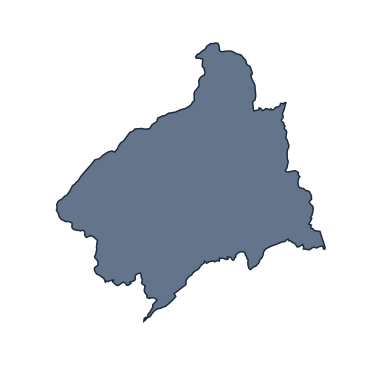 Piracanjuba, Goiás, Brazil (Natural Earth projection), rotated 239°
{"feature_id": "56859067B59858987143707", "entity_name": "Piracanjuba", "entity_type": "district", "adm_level": 2, "iso_a3": "BRA", "parent_name": "Brazil", "parent_adm1": "Goiás", "projection": "natural_earth1", "projection_center": [-49.012, -17.324], "detail": "fine", "context": "isolated", "style": "filled", "palette": "slate", "viewbox_px": 384, "rotation_deg": 239, "n_neighbors": 0, "source": "geoboundaries", "source_scale": "gbopen_adm2", "svg_char_len": 6003}
<svg xmlns="http://www.w3.org/2000/svg" viewBox="0 0 384 384"><g transform="rotate(239 192 192)"><path d="M159.3,71.3L159.6,72.8L158.4,73.9L158.4,75.4L157.8,77.9L156.9,79.3L156.1,77.6L154.9,78.1L153.6,78.4L152.1,78.8L150.4,79.6L149.9,80.9L150.2,85.4L149.9,87.0L147.8,88.0L145.6,88.0L144.9,89.7L145.2,92.5L146.6,92.2L145.7,97.1L146.5,98.6L147.7,99.3L148.9,99.6L149.7,100.6L149.9,103.2L149.6,105.4L148.5,106.0L146.6,105.5L145.4,104.7L142.7,104.3L141.6,103.7L140.4,102.1L138.5,102.0L137.5,102.7L135.8,103.6L134.9,102.6L133.4,101.3L132.0,100.2L130.1,99.8L128.3,100.1L126.8,100.1L124.7,99.1L122.7,100.6L122.1,103.1L121.2,104.4L120.1,105.4L118.8,105.9L117.3,106.3L116.4,103.3L116.1,101.9L115.4,100.1L113.4,99.1L112.9,97.8L111.6,95.8L110.7,94.0L110.3,92.8L109.9,91.5L108.6,90.3L107.3,89.2L106.9,90.8L107.1,92.8L107.9,94.0L108.8,96.3L109.4,98.1L109.7,100.4L109.6,102.0L109.2,103.5L108.6,105.1L108.3,107.1L107.7,110.8L108.0,112.9L108.2,114.3L108.8,117.0L109.1,118.5L110.1,122.2L110.9,124.4L114.0,124.2L115.4,135.5L115.4,137.3L115.9,139.1L117.4,140.2L118.7,141.0L119.8,142.2L120.2,143.5L121.0,145.4L121.2,149.4L122.3,151.2L122.4,152.8L122.7,154.5L122.5,157.2L123.2,159.3L124.3,161.4L124.7,163.2L124.9,165.8L126.1,167.2L125.0,167.6L123.5,167.7L123.3,169.2L123.4,171.0L121.8,175.1L120.7,175.2L120.3,176.8L120.3,178.6L118.8,179.6L119.8,180.9L121.2,181.3L119.2,184.4L117.5,185.9L116.2,187.0L116.0,188.7L117.9,188.6L117.5,190.1L115.9,191.5L114.0,191.5L112.5,191.8L112.4,193.4L113.7,194.4L113.6,195.9L115.1,196.6L115.6,198.0L116.0,200.1L116.1,201.8L115.1,203.9L114.5,205.0L112.8,206.2L111.5,205.7L110.3,205.4L108.1,205.4L106.9,204.9L104.6,205.1L103.3,203.9L102.2,203.2L100.2,202.2L98.8,201.9L97.0,201.5L95.5,201.9L95.7,204.0L96.0,206.5L95.6,208.7L96.7,212.4L97.7,214.0L98.7,214.8L99.3,216.9L99.9,218.6L101.3,220.4L102.5,221.4L103.8,222.6L105.1,225.5L105.2,227.0L104.8,231.7L104.5,233.5L103.7,237.5L103.0,242.5L102.5,244.1L101.7,246.1L102.3,248.1L102.0,250.2L100.3,249.9L99.3,251.3L97.4,251.9L96.3,252.5L94.9,253.5L93.5,253.8L91.1,253.7L90.0,255.0L90.0,258.0L89.9,259.9L88.4,259.6L86.7,259.1L85.8,258.1L84.8,259.8L83.7,260.7L82.2,262.5L82.1,264.4L82.3,266.1L81.8,268.1L79.8,270.1L79.7,272.4L79.4,273.7L78.3,276.1L75.7,275.4L74.5,276.3L75.9,277.5L92.4,281.4L94.0,279.2L95.3,277.6L96.5,276.8L98.4,276.8L99.7,275.3L101.1,275.9L102.1,277.3L104.4,275.5L106.8,279.8L107.8,281.1L109.0,280.3L110.5,283.1L113.8,286.2L115.8,287.6L117.7,288.2L121.7,287.0L123.3,287.6L123.9,289.1L124.2,290.7L127.4,292.5L129.6,292.5L131.3,292.8L132.7,292.5L133.9,291.0L135.7,289.8L137.5,289.4L138.6,288.0L140.5,286.4L142.6,286.4L144.3,287.2L146.4,288.2L148.9,290.6L149.4,292.3L151.1,292.0L152.6,291.9L153.8,293.3L155.3,292.5L157.2,291.2L158.2,288.9L158.9,286.7L160.2,283.6L162.3,282.9L163.6,285.6L168.4,290.1L171.1,290.7L174.6,292.5L176.6,293.8L178.8,295.4L180.5,297.9L182.3,299.2L185.2,299.7L186.8,300.2L188.2,300.4L189.9,300.3L192.2,301.9L193.6,303.3L194.7,304.1L196.5,304.3L198.7,303.6L200.9,305.8L202.2,305.2L203.2,306.0L204.5,306.1L205.4,305.3L207.0,305.4L208.2,306.2L208.4,307.8L209.5,308.8L210.6,309.4L212.1,309.4L213.5,311.0L215.1,313.3L217.7,315.9L218.9,317.0L220.0,318.5L221.0,317.5L220.5,315.6L222.1,314.3L222.0,313.0L220.7,312.0L220.4,310.4L220.9,308.9L221.5,307.8L220.7,304.4L221.0,302.9L222.8,302.3L222.6,300.7L224.5,299.5L225.4,298.5L225.2,294.5L228.7,293.8L229.5,292.7L228.0,291.9L229.6,286.8L231.3,287.1L235.2,289.1L237.0,289.8L238.3,291.2L238.4,293.3L241.2,295.9L242.8,296.8L244.9,297.8L246.0,298.4L247.2,298.8L248.7,299.6L250.0,300.4L252.0,301.1L257.8,301.5L259.4,301.9L262.0,302.5L261.8,304.0L263.2,305.1L266.0,305.6L267.3,306.0L269.0,306.3L270.6,306.1L272.2,304.9L274.3,304.9L275.9,305.6L277.6,305.8L279.3,305.4L284.0,304.7L285.9,303.0L287.7,301.1L289.2,300.4L291.2,299.3L292.9,297.8L294.8,294.5L295.4,293.3L296.0,291.6L296.9,289.9L297.8,288.7L299.8,288.7L301.2,289.5L302.5,290.1L304.1,290.6L306.3,290.7L307.1,289.6L308.1,287.9L308.2,286.4L309.5,284.9L309.5,282.6L309.4,280.1L307.5,276.4L307.7,274.7L307.4,271.8L306.8,269.6L307.2,268.0L306.8,266.4L306.0,264.7L304.5,264.6L303.8,265.6L302.8,267.3L301.6,268.2L300.8,269.5L299.6,269.2L295.3,266.0L294.0,265.4L292.6,265.9L291.3,265.9L289.8,265.4L287.3,264.4L286.0,263.0L286.1,259.6L285.6,257.8L285.1,256.7L284.0,255.2L283.0,254.5L280.6,253.5L279.6,252.9L278.8,251.7L278.3,250.3L276.7,246.0L274.9,244.1L273.7,243.6L269.2,241.1L268.7,238.6L267.6,237.1L267.0,234.8L266.9,233.0L267.0,229.3L268.3,224.8L268.7,222.0L268.9,219.6L269.3,218.2L270.2,216.0L270.7,214.4L271.7,212.3L271.4,209.9L271.7,207.5L272.5,205.7L272.5,203.9L273.1,201.3L272.3,199.8L270.9,198.9L270.4,197.0L270.3,192.6L268.1,188.2L269.1,186.2L270.1,183.9L272.2,181.9L273.9,178.6L275.5,175.2L274.5,173.3L275.1,169.5L273.8,166.2L271.0,159.8L270.8,156.1L269.2,152.7L267.4,150.4L266.0,146.3L268.4,144.5L269.5,140.9L269.5,136.8L269.2,133.5L268.3,130.2L268.8,128.0L269.1,126.7L269.6,125.4L268.6,122.9L267.4,119.6L264.6,110.7L264.1,109.0L263.5,107.5L263.2,106.2L261.2,101.8L260.3,100.2L259.8,97.1L259.1,96.1L259.2,94.5L258.7,92.5L258.0,91.3L256.2,88.5L255.6,87.3L255.0,85.8L254.2,84.2L253.7,82.9L254.0,81.0L253.5,78.9L252.9,76.9L253.1,74.5L253.0,73.2L252.5,71.7L251.7,70.8L250.8,69.5L247.5,68.0L246.5,66.5L242.5,66.3L241.3,66.2L239.8,65.5L238.4,65.5L236.5,65.6L235.1,66.3L233.9,67.2L232.6,67.8L231.4,68.8L230.4,70.8L228.7,72.3L227.3,73.1L225.9,72.5L224.3,71.2L222.8,70.7L221.5,71.0L220.3,71.8L219.0,73.1L217.9,74.3L217.2,75.5L216.1,76.3L215.8,77.9L215.0,79.3L213.4,79.4L212.2,79.0L211.1,78.4L209.6,77.7L207.4,78.1L207.2,79.9L206.7,82.9L204.6,84.3L200.4,85.7L199.1,85.9L197.8,85.0L197.1,84.0L195.7,83.1L194.0,81.7L192.4,81.1L191.2,80.2L190.0,79.1L187.6,76.7L186.7,75.1L184.7,75.0L183.1,75.5L181.3,75.5L179.6,75.0L178.1,74.1L177.4,72.5L177.5,71.0L177.3,69.6L175.6,68.2L173.8,68.0L172.1,68.0L171.0,68.0L169.6,68.8L168.1,70.0L165.2,71.1L163.4,72.0L161.9,71.7L160.8,71.6L159.3,71.3ZM106.0,84.1L106.2,85.8L106.7,87.3L107.3,89.2L108.4,88.0L108.3,86.2L107.1,84.9L106.0,84.1Z" fill="#64748b" stroke="#1e293b" stroke-width="1.5"/></g></svg>